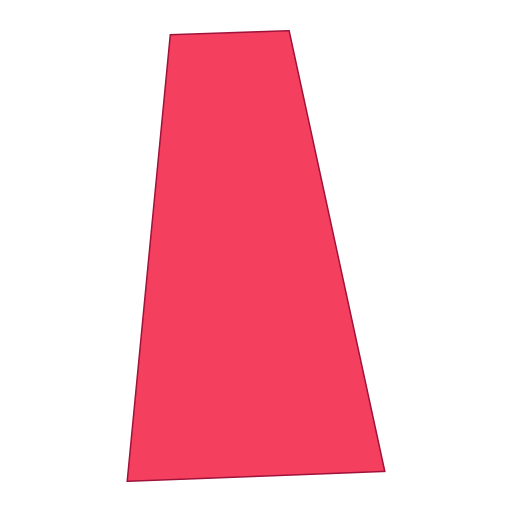 Vlahita, Harghita, Romania (Natural Earth projection)
{"feature_id": "2599482B68924224489535", "entity_name": "Vlahita", "entity_type": "district", "adm_level": 2, "iso_a3": "ROU", "parent_name": "Romania", "parent_adm1": "Harghita", "projection": "natural_earth1", "projection_center": [25.464, 46.352], "detail": "fine", "context": "isolated", "style": "filled", "palette": "rose", "viewbox_px": 512, "rotation_deg": 0, "n_neighbors": 0, "source": "geoboundaries", "source_scale": "gbopen_adm2", "svg_char_len": 190}
<svg xmlns="http://www.w3.org/2000/svg" viewBox="0 0 512 512"><path d="M384.8,471.4L289.1,30.7L170.3,34.7L127.2,481.3L384.8,471.4Z" fill="#f43f5e" stroke="#9f1239" stroke-width="1.5"/></svg>